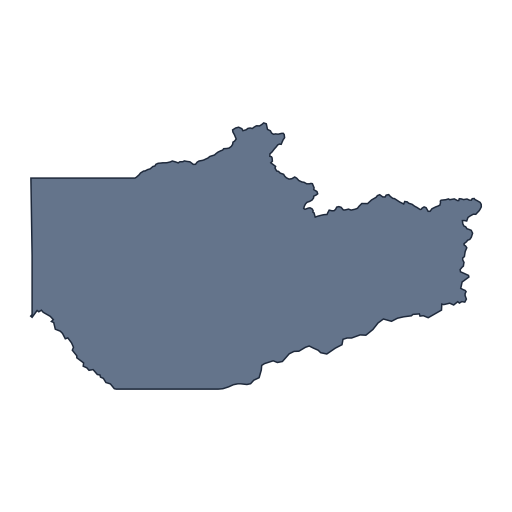 Fairbanks North Star, Alaska, United States of America
{"feature_id": "52423323B17586964503770", "entity_name": "Fairbanks North Star", "entity_type": "district", "adm_level": 2, "iso_a3": "USA", "parent_name": "United States of America", "parent_adm1": "Alaska", "projection": "mercator", "projection_center": [-145.777, 64.855], "detail": "fine", "context": "isolated", "style": "filled", "palette": "slate", "viewbox_px": 512, "rotation_deg": 0, "n_neighbors": 0, "source": "geoboundaries", "source_scale": "gbopen_adm2", "svg_char_len": 4431}
<svg xmlns="http://www.w3.org/2000/svg" viewBox="0 0 512 512"><path d="M465.1,295.6L465.1,293.6L466.1,291.7L465.1,290.4L463.1,289.6L460.7,288.3L461.3,285.8L462.1,282.0L464.2,280.5L468.9,277.0L468.5,275.4L463.7,273.2L460.5,271.8L460.1,269.6L462.1,267.2L463.4,266.1L463.7,263.9L464.0,262.4L462.7,259.9L462.7,258.0L464.4,256.6L464.8,253.8L465.2,251.5L465.9,249.8L466.8,247.8L465.7,246.1L464.1,244.9L464.1,243.6L466.6,241.7L467.5,240.3L469.8,239.4L471.3,237.3L472.6,233.2L471.2,230.3L468.7,229.3L467.0,228.8L465.6,226.7L464.0,226.1L462.8,223.8L462.4,220.6L464.1,220.5L466.7,221.0L468.0,217.4L470.4,215.8L473.3,214.2L475.8,214.3L477.1,212.9L479.1,210.8L480.0,209.4L481.3,206.9L481.2,204.3L480.1,202.4L477.2,200.7L474.9,199.5L474.2,198.5L472.2,198.7L471.3,200.2L469.6,200.2L467.0,199.0L463.6,199.6L461.3,198.9L459.3,198.7L458.7,200.6L457.5,200.6L454.3,198.9L449.8,199.7L448.4,198.9L445.8,199.7L441.1,200.2L440.3,201.1L440.5,202.7L439.9,205.1L437.9,206.1L435.7,206.9L431.9,208.8L430.1,211.3L428.1,211.3L426.1,207.7L424.1,206.9L422.1,208.1L421.2,209.3L420.1,209.5L416.9,207.4L414.6,206.2L412.1,204.3L408.6,203.2L407.3,201.9L404.7,201.5L403.7,204.0L399.7,202.0L394.5,198.6L392.8,198.4L390.3,196.4L388.7,194.6L386.2,195.1L385.1,197.0L382.7,196.9L379.7,194.7L377.4,195.6L376.1,197.3L371.6,199.9L369.2,202.1L367.6,203.6L361.8,203.5L358.9,206.4L357.5,208.3L355.1,209.2L351.1,210.1L348.5,209.1L347.0,209.5L344.8,210.0L343.3,209.9L341.1,207.3L338.8,206.6L336.7,207.1L335.6,209.3L334.1,210.7L332.0,210.8L329.2,210.1L327.7,212.9L327.0,214.5L324.5,214.6L322.8,214.9L320.3,215.5L317.7,216.2L315.2,217.1L314.0,212.8L312.9,212.1L313.1,210.5L312.0,208.8L310.0,207.8L308.3,208.1L305.0,209.3L303.7,208.5L304.4,206.1L305.5,203.9L307.0,202.3L309.7,201.4L312.1,200.0L313.6,197.9L313.7,196.2L316.2,195.0L317.7,193.8L317.0,191.6L313.7,189.6L314.1,187.8L313.1,185.4L312.4,183.7L311.0,183.4L309.4,183.8L306.7,183.8L304.1,182.3L302.0,182.0L298.8,180.5L296.6,178.1L294.7,177.0L291.8,178.7L289.0,179.1L286.4,177.8L284.8,176.3L283.6,174.3L280.2,173.1L278.5,171.4L276.7,171.0L275.0,168.1L275.6,166.4L270.8,162.8L272.4,161.2L272.1,157.9L271.5,156.8L269.8,156.3L269.9,153.9L272.0,152.0L274.3,149.0L276.3,146.8L277.7,144.9L279.4,144.1L281.2,144.3L282.1,142.1L283.2,139.7L284.6,137.7L284.2,134.5L283.2,133.3L281.4,133.4L278.2,134.2L275.4,133.9L273.6,134.3L271.6,133.1L270.4,130.8L267.5,129.4L267.0,127.1L266.3,123.8L263.7,122.9L262.1,124.3L259.6,125.9L256.4,125.8L254.0,127.2L252.3,128.5L250.2,128.0L247.9,128.4L246.1,129.8L242.9,130.7L241.9,128.7L238.6,127.2L235.6,128.0L232.6,129.9L232.9,132.0L234.5,134.9L235.3,136.9L236.2,139.0L234.5,141.2L233.0,142.1L232.6,144.4L231.3,146.4L229.0,148.1L226.7,148.5L223.7,148.7L222.6,150.1L220.7,150.8L218.0,152.1L216.0,153.6L214.5,155.0L211.3,156.0L209.8,156.5L207.7,158.2L206.0,158.9L204.0,159.9L202.4,160.4L199.0,161.0L197.1,162.2L195.5,164.3L193.3,164.4L192.0,163.4L189.9,161.8L186.8,161.4L184.3,160.9L182.9,161.7L179.8,161.8L178.2,162.9L175.5,161.9L172.3,161.0L170.4,161.9L167.0,162.7L165.4,162.8L162.9,162.8L160.4,163.1L158.1,163.3L155.9,164.3L154.9,166.0L152.9,166.5L151.4,167.8L150.1,168.9L147.6,169.6L145.2,170.9L143.5,171.1L140.5,173.0L139.1,174.8L136.3,177.3L134.9,178.1L129.2,178.1L123.4,178.1L118.0,178.1L107.9,178.1L95.4,178.1L85.3,178.1L83.5,178.1L30.9,178.1L32.1,255.7L32.1,294.6L32.1,314.6L30.7,316.1L32.1,317.3L37.1,310.5L38.8,311.8L41.4,310.2L43.2,312.3L50.2,316.3L53.3,319.6L51.4,321.5L53.7,322.5L55.3,329.2L60.3,331.2L62.5,333.4L65.3,338.8L67.8,337.9L71.5,342.8L73.5,347.3L72.3,350.2L76.8,355.8L76.8,357.8L83.6,362.9L83.2,366.2L86.8,367.8L89.0,370.3L93.1,369.6L97.3,374.5L100.0,375.0L100.5,377.1L103.4,378.4L105.9,382.5L110.4,383.9L114.3,388.7L116.2,389.1L188.0,389.1L218.5,389.1L222.9,388.7L228.5,386.9L233.4,384.7L237.8,383.8L240.8,383.8L246.9,384.5L250.6,383.7L253.8,380.2L259.1,377.7L261.3,370.0L261.7,365.4L264.5,363.6L269.2,362.1L273.2,360.8L277.4,362.5L282.4,361.5L285.8,357.7L289.2,353.8L294.0,351.4L298.9,351.2L305.4,347.3L309.2,346.0L313.6,348.2L318.1,350.2L320.7,352.7L326.8,354.0L335.4,348.1L342.0,344.7L343.0,339.3L347.1,338.0L351.6,338.0L360.1,334.9L365.9,335.2L372.9,329.5L378.0,323.0L383.4,319.0L391.5,321.3L397.5,318.2L403.7,316.8L411.4,315.8L412.9,314.4L419.4,313.9L420.0,316.1L423.3,315.7L428.2,317.7L441.5,310.1L441.8,304.1L443.7,304.6L449.7,303.2L453.7,305.0L457.7,301.7L459.4,303.1L461.8,301.6L464.8,302.1L466.4,299.1L465.1,295.6Z" fill="#64748b" stroke="#1e293b" stroke-width="1.5"/></svg>